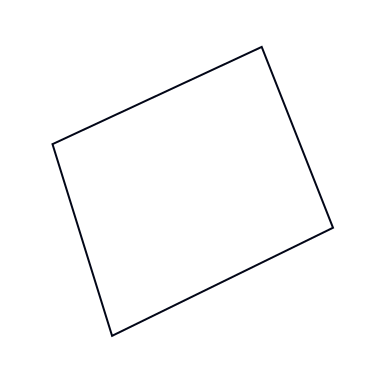 the border of City of Saint George, rotated 187°
{"feature_id": "BMU-5135", "entity_name": "City of Saint George", "entity_type": "state/province", "adm_level": 1, "iso_a3": "BMU", "parent_name": "Bermuda", "parent_adm1": "", "projection": "orthographic", "projection_center": [-64.674, 32.375], "detail": "fine", "context": "isolated", "style": "outline", "palette": "ink", "viewbox_px": 384, "rotation_deg": 187, "n_neighbors": 0, "source": "natural_earth", "source_scale": "10m", "svg_char_len": 223}
<svg xmlns="http://www.w3.org/2000/svg" viewBox="0 0 384 384"><g transform="rotate(187 192 192)"><path d="M253.8,39.5L336.3,222.5L140.5,344.5L47.7,173.7L253.8,39.5Z" fill="none" stroke="#020617" stroke-width="2"/></g></svg>